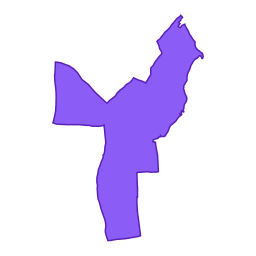 the district of Manokwari Selatan, Papua Barat, Indonesia
{"feature_id": "22746128B90822416479405", "entity_name": "Manokwari Selatan", "entity_type": "district", "adm_level": 2, "iso_a3": "IDN", "parent_name": "Indonesia", "parent_adm1": "Papua Barat", "projection": "robinson", "projection_center": [134.051, -1.607], "detail": "fine", "context": "isolated", "style": "filled", "palette": "violet", "viewbox_px": 256, "rotation_deg": 0, "n_neighbors": 0, "source": "geoboundaries", "source_scale": "gbopen_adm2", "svg_char_len": 5314}
<svg xmlns="http://www.w3.org/2000/svg" viewBox="0 0 256 256"><path d="M182.5,17.5L182.4,17.4L182.2,16.8L181.6,16.1L181.0,15.9L180.7,15.4L179.9,16.4L179.2,16.9L178.6,17.4L177.6,18.0L176.5,19.1L175.3,20.5L174.1,22.0L173.3,22.9L172.7,23.6L171.7,24.7L171.0,25.9L170.0,27.3L167.9,29.6L167.3,30.2L167.2,30.3L166.9,30.5L166.2,31.2L166.1,31.3L165.1,31.9L163.0,34.9L162.5,35.5L161.0,37.3L160.1,38.6L159.4,39.4L157.7,40.5L157.1,41.4L157.0,41.5L157.7,42.5L158.1,43.6L158.3,44.2L158.6,44.9L159.1,46.1L159.5,48.3L160.2,49.7L161.2,51.1L161.6,52.6L161.8,53.5L161.7,53.7L161.6,53.8L161.1,54.5L160.3,55.3L159.3,56.5L158.7,57.2L158.2,57.8L157.1,59.4L155.2,61.7L153.7,64.5L152.8,65.9L151.9,66.8L150.9,67.9L150.8,68.2L150.8,68.4L150.8,72.4L150.8,73.5L150.8,74.5L150.6,74.8L147.3,80.4L145.8,82.8L145.8,83.0L143.8,81.9L141.9,81.1L139.3,80.3L137.1,79.5L135.0,78.4L133.6,77.8L133.1,78.6L132.5,79.2L132.1,80.0L131.6,80.6L130.8,81.7L128.8,83.1L127.6,83.8L126.8,84.2L125.7,85.1L124.4,86.8L122.5,88.4L120.9,89.5L120.3,90.0L119.1,91.2L117.3,92.7L116.6,93.9L116.1,94.8L115.6,95.6L114.0,97.1L113.7,97.3L112.7,98.1L111.2,99.3L110.1,100.0L108.5,101.7L107.5,102.7L107.0,103.0L107.3,103.3L106.5,103.0L96.6,93.7L95.3,92.5L89.7,86.1L88.2,84.4L84.0,81.1L81.8,79.4L78.0,73.4L74.0,69.1L70.4,66.7L69.2,65.9L65.3,64.5L60.9,62.8L57.0,62.2L55.4,62.1L55.2,67.8L55.2,69.9L55.1,70.5L54.9,74.0L54.6,74.6L54.8,80.2L55.2,83.7L55.5,86.4L55.6,87.7L55.7,88.1L56.1,92.9L56.1,93.3L56.1,93.9L56.2,97.0L56.1,99.7L56.1,101.8L56.1,102.8L55.7,110.5L55.1,113.9L54.7,115.8L54.5,116.8L53.8,119.7L53.2,122.2L52.9,122.8L54.2,123.3L56.2,124.0L60.4,124.4L62.1,124.4L69.2,124.7L70.7,124.6L71.3,124.6L75.3,124.7L78.6,124.6L87.0,125.4L88.0,125.4L89.5,125.4L91.7,126.1L93.2,126.2L94.1,126.2L95.4,126.2L98.3,126.3L99.2,126.2L101.3,126.0L104.1,125.1L104.1,126.7L104.5,129.1L104.9,133.9L105.3,137.7L105.7,141.5L105.7,143.2L105.0,146.7L104.9,148.1L104.8,149.1L104.7,150.9L104.1,154.0L103.1,154.8L103.2,157.3L101.6,161.0L101.2,162.0L99.8,166.2L98.5,169.3L97.9,172.8L97.7,174.4L97.1,176.5L96.9,178.7L96.9,182.2L97.1,183.6L97.5,185.4L97.2,188.3L97.3,190.5L97.4,191.2L97.5,193.4L97.6,194.7L97.9,197.0L98.1,198.5L98.2,199.2L99.2,201.8L99.6,203.3L99.9,204.2L100.4,206.3L101.2,209.3L102.3,212.5L103.5,215.8L104.5,218.6L105.4,221.9L105.8,225.0L105.9,225.6L105.7,227.8L105.3,230.0L105.4,232.3L106.2,235.4L107.0,237.9L107.9,240.6L110.4,240.5L113.9,239.8L117.2,239.3L121.6,239.0L124.6,238.7L125.3,238.7L128.9,238.1L134.0,237.2L136.5,236.8L138.1,236.5L140.6,235.8L137.2,210.1L137.4,210.1L137.2,207.7L136.9,203.6L136.9,197.1L137.5,197.1L137.5,187.1L137.4,187.1L137.2,182.7L136.9,172.6L137.4,172.4L139.1,172.3L143.7,172.0L146.8,171.7L149.4,172.0L151.7,172.2L153.1,172.0L156.4,172.1L158.4,171.6L157.5,155.0L155.4,143.3L155.6,143.0L155.5,142.7L155.5,142.2L154.8,142.1L154.1,141.8L153.7,141.7L153.1,141.9L152.8,141.3L152.9,141.2L153.0,140.5L153.4,140.0L154.2,139.4L154.9,139.1L155.9,138.8L156.7,138.7L157.2,138.6L157.7,138.4L158.3,137.9L158.7,137.1L159.2,137.1L160.1,136.9L160.3,136.3L160.5,135.6L160.9,136.1L161.6,136.5L162.0,136.5L163.3,136.5L164.1,136.5L164.7,136.2L165.1,135.9L165.7,135.1L166.6,133.5L167.1,132.9L167.4,132.3L167.8,131.6L168.3,130.6L168.6,129.8L168.9,129.0L169.2,128.0L169.8,126.9L170.2,126.2L170.8,125.4L171.2,124.8L171.6,124.5L172.2,124.3L172.9,123.7L173.3,123.3L174.0,122.6L174.6,122.2L175.4,121.6L175.8,121.1L176.4,120.2L176.9,119.6L177.2,119.0L177.7,118.3L178.4,117.4L179.0,116.9L179.7,116.4L180.1,115.8L180.1,114.8L180.1,114.1L180.6,114.6L181.2,115.1L181.5,114.7L181.8,114.1L181.4,113.6L181.3,113.0L181.4,112.1L181.5,111.4L181.7,110.8L182.2,110.8L182.6,111.3L183.0,111.9L183.7,111.9L183.8,111.4L183.4,111.0L183.0,110.7L183.2,110.1L183.5,109.6L183.7,108.8L183.8,108.2L183.9,107.6L183.9,107.4L183.9,106.9L184.0,106.3L184.1,105.6L184.3,105.0L184.7,103.8L185.0,103.3L185.5,102.7L185.9,102.1L186.2,101.4L186.7,100.0L186.7,99.4L186.8,98.8L186.7,97.7L186.4,96.6L185.7,95.2L185.3,94.4L185.0,93.6L184.5,92.0L184.3,91.1L184.1,90.3L183.6,89.2L183.6,88.5L183.8,87.3L183.7,86.4L183.9,85.6L184.1,85.2L184.7,84.3L185.1,83.6L185.5,82.8L185.9,82.1L186.3,81.6L186.7,80.9L187.0,80.0L187.0,79.8L187.0,79.1L187.0,78.5L187.0,77.6L187.0,76.8L187.1,76.1L187.3,75.0L187.4,74.3L187.7,73.5L188.1,72.5L188.6,71.5L189.0,70.6L189.4,69.8L189.8,69.0L190.2,67.8L190.7,66.1L190.8,65.7L191.0,65.3L192.1,63.3L192.7,62.3L193.3,61.4L193.8,60.5L194.5,59.8L195.2,59.0L195.2,58.9L195.9,58.8L196.7,58.3L197.5,57.8L198.0,57.3L198.5,56.7L199.4,55.7L200.7,56.0L201.1,56.7L201.4,57.4L201.7,58.2L202.4,58.5L203.0,57.6L203.1,56.8L203.1,56.2L202.8,54.8L202.5,53.7L202.2,53.3L201.7,52.9L200.2,51.8L199.3,50.9L198.1,50.2L197.4,49.6L197.3,49.4L195.8,47.7L195.7,47.2L195.2,46.2L195.0,44.7L194.9,43.8L195.1,42.5L195.1,41.9L194.7,41.3L194.3,41.1L193.9,40.6L193.2,39.6L192.4,38.7L191.9,37.8L191.4,37.0L191.0,36.2L190.5,35.7L189.9,34.8L189.2,33.4L188.8,32.3L188.5,31.7L187.5,29.7L185.9,27.0L185.5,26.1L185.0,25.0L184.9,24.2L183.6,24.6L182.5,25.2L181.7,25.7L181.1,26.5L180.8,27.0L180.5,27.8L180.5,27.7L179.7,27.5L179.5,27.4L178.3,26.7L178.1,26.6L178.6,25.7L179.1,24.9L180.0,23.7L179.8,23.5L179.4,23.2L179.1,22.9L178.9,22.5L178.7,22.3L178.9,22.1L179.4,21.6L179.6,21.3L179.9,21.0L180.3,20.9L180.6,20.6L180.7,20.1L180.8,19.6L181.0,19.1L181.5,18.5L181.8,18.2L182.2,17.8L182.5,17.5Z" fill="#8b5cf6" stroke="#5b21b6" stroke-width="1.5"/></svg>